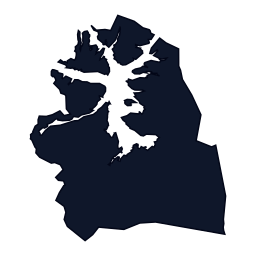 outline of Alta nor, Finnmark, Norway
{"feature_id": "86288312B22085656530390", "entity_name": "Alta nor", "entity_type": "district", "adm_level": 2, "iso_a3": "NOR", "parent_name": "Norway", "parent_adm1": "Finnmark", "projection": "mercator", "projection_center": [23.025, 70.046], "detail": "fine", "context": "isolated", "style": "filled", "palette": "ink", "viewbox_px": 256, "rotation_deg": 0, "n_neighbors": 0, "source": "geoboundaries", "source_scale": "gbopen_adm2", "svg_char_len": 5657}
<svg xmlns="http://www.w3.org/2000/svg" viewBox="0 0 256 256"><path d="M35.2,126.2L32.8,131.7L33.0,132.6L30.6,134.6L30.8,137.5L30.4,138.8L31.9,140.1L35.0,147.1L36.4,148.7L35.9,152.9L39.7,157.2L51.3,163.1L54.7,162.5L60.3,164.7L63.2,169.7L55.7,177.4L58.4,180.3L63.6,180.9L65.1,185.0L63.8,185.6L59.5,192.5L55.9,200.4L64.1,206.3L65.9,212.3L64.2,219.5L67.4,226.4L85.1,240.6L92.7,234.6L98.6,227.1L123.9,229.4L139.8,223.0L155.5,222.0L224.8,234.2L223.6,230.4L223.2,227.2L223.8,223.7L223.4,219.3L225.6,196.0L215.7,145.2L211.6,146.9L196.1,140.7L200.9,114.8L191.7,95.0L182.4,79.4L180.5,70.2L178.7,66.1L178.6,48.9L166.0,42.9L159.7,38.1L151.4,48.1L149.8,53.4L151.8,53.7L157.1,49.8L157.8,50.9L153.6,55.5L159.9,58.6L159.3,59.0L159.6,59.4L166.7,58.1L164.7,60.2L160.5,60.8L159.7,62.3L151.1,60.5L144.9,62.6L144.3,63.3L144.3,64.8L148.1,67.6L143.0,66.2L140.7,67.9L135.3,69.1L132.6,70.7L132.3,71.9L134.7,73.8L139.7,73.9L143.1,72.3L146.8,72.9L145.6,71.9L146.6,71.4L151.4,71.7L151.8,72.1L151.1,72.6L151.7,73.4L157.0,73.3L157.2,73.9L156.9,74.6L159.6,75.9L151.2,73.6L147.2,75.5L147.4,77.6L146.9,77.8L146.5,77.0L144.9,78.0L140.0,77.7L132.4,80.4L128.5,79.1L127.8,81.3L125.8,80.9L128.3,82.8L128.4,85.3L132.0,88.6L134.9,90.0L142.6,90.1L144.4,91.0L139.0,92.8L134.1,93.0L135.9,95.9L134.4,96.6L139.1,101.0L140.0,103.4L144.6,106.4L143.9,107.7L145.2,109.5L143.8,110.2L142.8,113.2L141.9,114.2L139.6,111.9L139.2,112.1L139.6,113.2L138.7,113.9L130.6,113.1L127.1,115.7L121.4,117.5L123.1,120.2L126.2,122.5L126.0,123.9L130.0,127.4L130.0,128.3L134.8,130.4L140.8,135.4L143.4,135.9L146.3,134.2L155.8,134.6L159.4,137.6L157.2,139.3L157.3,140.3L156.5,141.5L154.4,141.9L155.3,144.2L154.1,147.2L152.2,146.4L147.5,150.4L143.6,147.8L146.0,147.2L145.8,146.8L143.1,147.6L141.2,146.6L140.2,148.6L138.1,148.3L137.9,146.8L136.6,145.6L138.1,145.6L138.0,144.4L136.5,143.8L133.4,145.3L133.1,146.5L133.7,147.7L132.7,147.9L133.2,148.5L133.0,149.5L131.1,150.4L131.8,151.6L127.1,154.5L126.9,155.9L124.0,155.2L120.7,158.9L120.1,161.3L117.6,160.4L118.1,159.1L118.4,159.8L119.1,159.0L119.2,157.1L117.9,156.8L115.0,159.0L113.6,158.7L114.4,159.6L112.1,162.9L110.0,163.6L109.8,165.4L108.4,164.5L109.9,163.4L112.3,158.5L113.3,158.5L113.1,157.7L113.8,156.5L114.9,156.5L119.3,152.4L120.7,151.9L122.2,153.1L121.3,151.4L122.3,148.9L121.6,147.2L118.8,148.9L118.1,148.2L117.7,146.0L118.4,141.5L115.7,132.7L114.4,133.1L114.9,133.6L113.8,134.6L113.0,136.2L113.1,137.0L111.0,137.5L108.7,133.8L106.6,133.0L106.0,131.3L104.1,130.1L104.3,129.2L106.4,129.5L107.5,127.3L107.3,126.5L108.5,125.6L108.1,123.1L107.0,120.6L107.5,117.3L107.5,114.5L107.8,114.0L107.6,112.5L108.6,111.7L107.5,110.2L107.7,108.5L107.2,107.4L107.6,105.7L108.9,104.4L108.4,103.3L110.2,103.7L109.1,101.7L108.4,103.2L105.9,102.5L101.6,107.3L98.2,109.7L97.3,111.5L93.3,114.5L83.9,116.8L78.3,120.6L74.4,120.8L60.4,125.2L50.6,126.2L45.5,130.4L41.7,135.2L40.2,135.1L40.0,133.6L38.6,131.1L42.9,127.5L44.5,128.1L47.5,126.4L47.6,125.3L47.1,124.4L52.0,122.3L55.3,119.3L57.1,118.6L58.0,119.2L57.6,119.5L57.8,120.0L62.5,120.7L69.5,120.2L71.8,119.1L73.5,116.5L78.3,117.1L81.5,114.9L89.4,113.0L93.3,110.4L89.3,109.2L92.3,108.8L95.1,106.4L96.8,104.4L97.3,101.8L100.4,99.3L99.5,97.3L99.4,95.9L102.8,97.2L102.7,95.9L105.5,91.3L105.6,87.8L104.8,86.3L99.6,83.5L90.5,83.5L87.1,81.9L82.4,81.8L78.1,79.8L74.7,79.7L72.5,83.2L70.3,83.1L68.6,84.6L68.2,84.0L70.3,81.9L71.6,78.9L65.9,76.2L62.8,78.7L62.0,78.2L62.9,74.9L62.6,73.9L58.0,72.7L57.7,71.1L53.9,69.8L52.4,69.7L51.4,71.3L51.3,75.2L52.5,76.6L53.8,76.4L55.3,78.4L55.9,80.5L53.8,83.4L59.7,89.4L60.9,93.2L64.8,94.5L65.9,95.9L66.4,108.9L70.5,114.1L64.1,115.6L59.9,110.9L52.5,114.7L46.3,116.4L39.3,116.1L38.1,119.8L38.2,124.1L35.2,126.2ZM91.1,25.4L93.9,30.1L98.1,31.7L98.7,34.7L97.5,36.6L98.0,39.0L103.0,43.1L103.0,44.3L103.4,44.7L105.2,44.5L105.3,40.4L106.0,40.0L106.9,42.8L106.3,45.0L108.8,47.2L115.0,40.5L117.4,35.3L120.2,26.3L120.3,29.6L119.6,35.0L117.5,39.1L117.8,41.3L115.0,45.0L114.2,44.8L113.8,45.8L114.4,46.5L114.2,47.5L112.3,49.2L114.7,53.5L113.6,54.6L113.5,55.3L114.8,56.8L114.0,58.7L116.5,60.3L118.1,62.8L119.9,62.7L120.5,64.0L122.6,65.0L125.8,64.7L132.8,60.8L133.6,60.2L133.8,59.4L133.4,58.4L135.8,59.3L142.8,53.1L142.4,52.1L142.5,51.0L140.2,48.9L140.6,48.2L136.0,47.4L137.3,45.7L135.6,45.4L135.6,44.5L139.8,45.7L148.9,43.3L149.3,42.5L148.3,39.5L151.1,39.4L154.1,34.8L150.8,33.2L150.1,30.7L149.2,29.7L142.9,27.8L134.2,21.3L117.8,15.4L110.7,30.5L105.0,29.5L96.4,30.2L91.1,25.4ZM58.2,62.0L65.8,64.9L67.0,67.4L66.4,67.7L71.1,68.3L72.1,67.5L73.2,68.5L74.7,68.1L74.5,69.5L74.8,69.7L77.2,69.1L78.6,70.4L81.3,69.3L81.6,69.6L81.0,70.9L84.0,72.2L97.8,71.5L104.8,74.4L106.1,73.5L107.7,75.0L109.5,71.5L109.3,67.5L108.2,66.3L108.4,64.8L105.9,60.0L106.5,59.4L104.5,58.4L104.4,56.7L103.5,56.4L102.4,58.3L99.9,59.7L100.8,56.6L103.0,53.4L104.4,48.5L103.1,48.2L99.9,52.0L98.3,51.9L96.1,53.6L96.6,52.4L96.1,51.9L98.5,49.0L96.9,48.7L97.4,47.1L95.9,45.0L92.6,45.7L91.9,47.2L91.7,45.9L90.9,45.7L90.7,47.9L92.2,49.0L90.7,50.4L90.0,49.9L89.9,48.6L90.4,47.9L90.4,46.8L89.2,46.1L88.9,44.0L88.4,43.5L89.3,41.8L89.4,40.4L88.8,38.4L89.7,36.1L89.6,34.7L88.4,33.9L88.3,32.7L87.2,31.0L84.3,31.6L82.4,33.3L82.9,35.5L82.8,41.1L83.2,42.2L82.5,45.2L81.0,47.3L80.5,50.2L80.0,49.0L81.2,42.8L80.6,40.8L80.7,39.3L79.8,36.9L79.9,32.1L78.4,30.6L77.6,34.5L78.0,39.8L78.6,41.5L78.1,43.8L78.5,44.1L75.3,46.9L75.6,49.3L74.7,51.1L76.3,52.3L76.3,55.1L75.7,58.3L74.5,60.2L70.9,58.6L67.3,60.9L67.3,62.8L65.0,61.6L63.5,62.1L60.5,59.9L58.2,62.0ZM131.5,99.7L127.2,99.4L124.6,100.5L125.2,101.1L124.8,102.0L125.0,103.6L127.4,105.6L130.9,105.5L131.2,105.1L130.9,105.0L131.0,103.7L130.4,103.3L130.8,102.6L136.1,102.5L131.5,99.7Z" fill="#0f172a" stroke="#020617" stroke-width="1.5"/></svg>